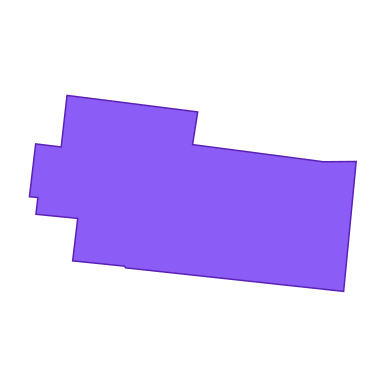 Bollinger, Missouri, United States of America (orthographic projection), rotated 96°
{"feature_id": "52423323B38725107036826", "entity_name": "Bollinger", "entity_type": "district", "adm_level": 2, "iso_a3": "USA", "parent_name": "United States of America", "parent_adm1": "Missouri", "projection": "orthographic", "projection_center": [-90.042, 37.32], "detail": "fine", "context": "isolated", "style": "filled", "palette": "violet", "viewbox_px": 384, "rotation_deg": 96, "n_neighbors": 0, "source": "geoboundaries", "source_scale": "gbopen_adm2", "svg_char_len": 359}
<svg xmlns="http://www.w3.org/2000/svg" viewBox="0 0 384 384"><g transform="rotate(96 192 192)"><path d="M111.8,194.7L109.0,326.4L160.9,326.8L160.5,352.5L213.7,353.2L213.6,344.7L230.5,344.9L230.2,302.9L273.0,303.5L272.8,251.5L274.4,250.0L275.0,30.8L144.5,31.9L148.2,64.4L144.8,196.4L111.8,194.7Z" fill="#8b5cf6" stroke="#5b21b6" stroke-width="1.5"/></g></svg>